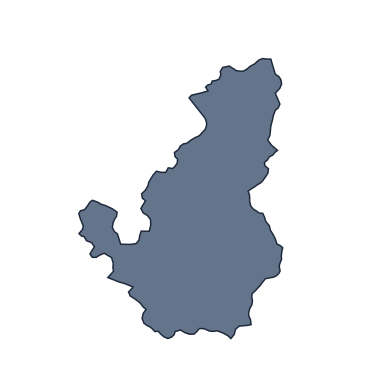 Ibirataia, Bahia, Brazil (orthographic projection), rotated 194°
{"feature_id": "56859067B75251017379914", "entity_name": "Ibirataia", "entity_type": "district", "adm_level": 2, "iso_a3": "BRA", "parent_name": "Brazil", "parent_adm1": "Bahia", "projection": "orthographic", "projection_center": [-39.619, -13.995], "detail": "fine", "context": "isolated", "style": "filled", "palette": "slate", "viewbox_px": 384, "rotation_deg": 194, "n_neighbors": 0, "source": "geoboundaries", "source_scale": "gbopen_adm2", "svg_char_len": 2897}
<svg xmlns="http://www.w3.org/2000/svg" viewBox="0 0 384 384"><g transform="rotate(194 192 192)"><path d="M104.3,82.2L106.9,85.4L107.9,88.9L107.7,93.2L106.6,97.1L107.0,101.1L108.7,104.8L109.0,108.1L106.6,111.6L104.9,114.8L103.0,118.2L101.7,121.6L99.8,125.6L96.6,127.2L93.0,128.7L90.3,130.6L88.2,133.6L87.4,136.6L89.5,141.2L89.4,144.7L88.8,148.1L90.0,152.0L90.4,156.2L90.5,159.9L93.8,161.5L97.0,162.0L98.7,164.9L100.5,167.5L103.8,171.1L106.6,173.8L108.8,178.0L111.5,179.9L113.8,181.9L115.5,185.1L118.2,188.4L121.8,187.8L124.8,189.1L128.3,190.2L131.5,192.5L133.8,196.9L134.7,200.6L135.8,203.7L137.8,206.2L135.5,209.2L132.9,211.7L130.6,214.5L127.6,217.5L125.9,220.5L124.2,224.8L122.9,228.7L123.5,233.1L127.4,234.9L128.9,238.2L126.5,241.4L125.6,244.7L122.5,247.5L121.1,250.5L119.1,253.1L126.1,256.6L131.2,260.8L130.1,265.4L130.6,269.6L131.4,274.3L131.4,278.9L131.4,282.4L131.6,285.7L130.9,291.3L128.6,294.7L128.0,298.6L135.1,308.0L131.9,313.8L131.2,318.4L132.8,322.3L135.6,325.0L139.6,326.4L146.0,337.1L147.6,340.0L151.7,339.1L156.0,338.5L159.2,336.0L162.3,331.4L166.1,327.9L168.3,324.7L171.1,321.9L174.0,320.9L178.3,320.5L186.4,323.2L189.2,321.8L192.3,320.3L193.7,315.9L192.3,312.0L193.2,307.9L196.0,305.9L199.2,304.6L199.6,301.3L202.5,299.7L204.2,297.0L200.8,294.1L206.4,290.7L215.9,285.8L217.6,282.6L197.1,266.7L194.5,262.6L194.0,259.5L194.3,256.0L196.4,252.3L198.6,248.3L202.5,245.2L205.5,242.2L208.8,238.0L212.0,236.6L214.5,233.6L215.3,230.0L218.6,226.1L216.9,222.1L214.0,220.5L213.3,216.7L214.8,212.6L216.4,210.1L220.9,209.7L222.2,204.7L226.6,203.6L231.5,203.6L233.8,199.1L235.2,194.9L236.3,191.0L236.3,187.1L237.8,182.2L240.4,178.1L238.8,174.1L235.0,172.1L236.3,168.1L237.6,163.6L234.3,159.9L229.5,158.4L225.6,155.2L224.0,150.0L224.0,143.7L227.3,142.7L231.8,141.8L232.2,136.8L231.8,132.6L233.7,128.5L238.9,126.3L248.6,124.1L251.4,128.7L254.3,133.4L257.7,134.8L260.7,138.3L261.1,142.9L260.5,146.9L259.4,150.0L259.8,154.3L265.1,156.4L268.9,157.2L272.7,157.9L277.3,158.2L280.2,159.1L283.4,159.6L286.6,159.9L288.6,157.6L290.1,153.1L292.0,148.9L295.7,146.8L296.6,143.7L294.2,139.5L291.5,135.8L289.3,132.7L289.1,129.4L291.6,124.3L288.7,122.6L285.7,122.5L282.6,119.2L277.3,118.6L273.4,115.3L274.5,112.2L276.0,107.2L273.1,104.5L269.0,105.5L266.7,108.1L262.4,111.3L254.2,108.9L251.2,103.8L250.4,99.3L249.0,96.2L250.7,92.9L253.0,88.6L240.5,87.0L235.2,86.9L226.3,85.6L227.6,82.7L229.4,79.6L226.7,76.1L221.9,74.6L218.4,73.1L214.9,71.4L211.9,68.8L208.1,67.0L209.9,62.7L209.9,57.3L206.9,53.1L203.4,51.6L200.1,50.9L197.3,49.6L194.3,47.6L191.1,48.7L187.9,46.5L184.2,44.7L180.0,44.0L176.8,46.2L174.8,49.2L174.6,52.6L169.7,55.3L164.9,53.8L160.2,53.4L155.6,54.6L153.5,57.9L151.7,61.4L146.8,62.3L141.8,61.3L137.4,61.9L134.6,63.3L130.9,63.1L126.9,62.5L122.3,61.2L118.8,59.2L116.6,64.0L116.5,69.5L113.6,73.4L110.2,74.5L106.4,75.8L102.6,77.5L104.3,82.2Z" fill="#64748b" stroke="#1e293b" stroke-width="1.5"/></g></svg>